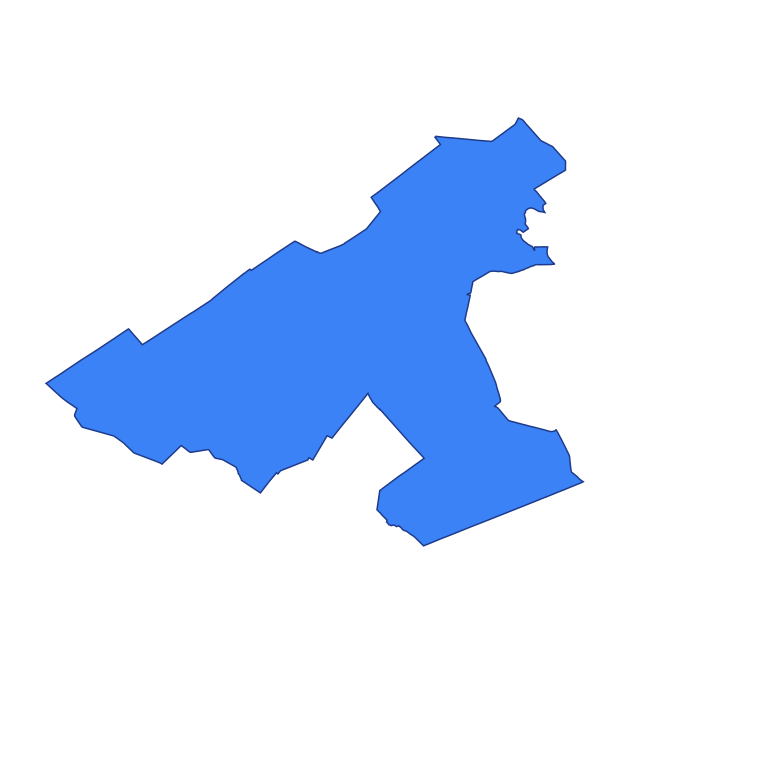 outline of Albesti, Constanta, Romania, rotated 325°
{"feature_id": "2599482B76974698099004", "entity_name": "Albesti", "entity_type": "district", "adm_level": 2, "iso_a3": "ROU", "parent_name": "Romania", "parent_adm1": "Constanta", "projection": "robinson", "projection_center": [28.424, 43.8], "detail": "fine", "context": "isolated", "style": "filled", "palette": "blue", "viewbox_px": 768, "rotation_deg": 325, "n_neighbors": 0, "source": "geoboundaries", "source_scale": "gbopen_adm2", "svg_char_len": 6063}
<svg xmlns="http://www.w3.org/2000/svg" viewBox="0 0 768 768"><g transform="rotate(325 384 384)"><path d="M107.5,189.7L107.8,190.6L111.3,206.6L112.2,210.4L114.4,217.4L116.6,223.0L118.0,226.9L118.5,227.9L113.0,231.7L112.7,232.0L112.2,233.1L112.1,233.9L112.0,237.6L111.9,245.1L112.2,246.5L132.9,271.6L136.8,282.6L139.6,297.0L152.6,316.1L155.6,320.7L156.2,322.3L182.5,318.1L182.8,318.8L184.0,322.3L185.2,326.5L185.8,328.1L186.3,328.8L186.8,329.3L202.3,336.8L202.7,337.2L202.8,337.6L202.8,338.0L202.8,339.4L202.8,344.0L203.0,347.2L203.2,347.7L203.7,348.4L207.0,351.9L208.4,353.4L215.0,367.1L215.0,367.6L214.4,370.7L213.9,372.6L213.2,373.8L213.4,375.3L213.2,376.4L212.3,380.8L212.0,381.2L212.3,381.9L220.3,402.3L233.8,398.1L245.0,395.1L245.5,396.8L249.5,395.7L277.9,402.5L280.2,401.4L282.1,405.4L307.6,393.8L307.8,393.9L310.4,398.5L320.6,395.4L328.9,393.0L337.9,390.5L365.5,382.5L365.3,383.2L365.2,384.1L364.8,386.4L364.5,390.1L364.3,391.5L364.3,392.3L364.4,393.5L364.6,394.5L364.7,395.8L365.0,397.3L365.2,399.3L365.6,400.8L365.9,403.0L366.0,403.2L366.1,403.3L366.3,403.0L371.6,448.4L371.8,449.7L373.4,461.0L374.3,467.9L372.1,467.9L368.4,468.0L363.3,468.0L360.5,468.1L349.6,468.2L344.0,468.1L324.5,468.7L319.4,468.9L306.1,483.0L306.4,484.4L307.0,488.0L307.2,490.5L308.4,497.2L307.0,498.5L307.4,502.3L307.7,502.4L308.4,503.9L308.6,504.1L309.1,504.3L310.7,504.9L311.4,505.5L311.7,505.9L312.0,506.7L312.1,507.3L312.7,508.1L312.9,508.2L314.7,508.6L314.8,508.7L314.9,508.9L315.0,509.6L315.6,511.6L315.6,513.3L315.8,513.8L316.1,515.1L317.6,516.9L318.0,517.6L319.9,523.2L321.2,526.3L323.6,539.3L334.6,541.8L342.7,543.6L349.1,545.2L374.4,551.1L382.6,553.1L391.3,555.2L399.9,557.2L403.1,558.0L424.8,563.1L441.3,567.0L446.6,568.2L456.1,570.5L464.1,572.3L466.3,572.8L470.3,573.8L490.4,578.3L491.2,578.3L490.5,576.8L489.2,572.5L489.3,571.6L489.3,571.3L487.1,563.8L487.1,563.4L487.2,563.0L488.4,560.6L491.8,554.4L494.4,549.8L494.9,548.3L496.3,539.3L497.3,532.5L498.3,524.7L498.7,520.7L498.7,520.3L498.5,520.2L497.5,520.3L496.9,520.3L496.1,520.1L495.3,519.8L493.5,518.8L492.8,518.1L488.4,512.8L482.4,505.8L482.1,505.3L481.2,504.5L479.3,502.3L466.0,486.6L465.3,485.5L465.2,485.3L464.9,484.4L464.8,483.5L463.8,471.5L463.5,468.9L463.2,468.0L463.0,467.4L462.5,466.6L461.7,465.8L461.8,465.6L468.7,465.3L469.3,465.0L469.7,464.7L470.7,462.9L472.9,456.6L473.3,455.1L473.3,454.6L473.6,454.2L474.2,452.3L474.3,452.0L475.1,450.1L476.0,447.5L476.5,446.1L476.5,445.2L476.7,444.9L480.1,429.3L481.2,422.8L481.3,422.7L481.5,422.6L481.7,422.3L481.8,421.5L484.7,391.9L485.9,385.2L486.7,378.3L492.6,372.7L497.0,368.8L505.0,361.3L505.6,360.7L503.5,358.5L503.9,358.2L504.7,358.4L506.4,358.9L506.9,359.2L507.6,358.6L507.9,358.6L510.8,355.7L514.1,352.6L515.2,351.3L515.5,351.2L517.4,351.2L533.1,352.5L534.2,352.5L535.0,352.5L535.4,352.6L536.1,353.1L537.1,353.5L537.9,353.9L538.5,354.4L540.5,356.0L542.0,357.4L544.1,358.6L544.6,359.0L545.7,360.0L547.5,362.1L548.6,363.2L549.8,364.6L551.5,366.2L552.0,366.6L552.6,366.9L557.0,368.4L557.9,368.7L558.8,369.1L559.9,369.4L560.8,369.5L561.8,369.7L563.3,370.3L563.8,370.5L564.6,370.6L566.7,370.8L569.3,371.6L570.9,371.7L571.1,371.7L572.1,372.2L573.5,372.5L574.8,373.0L576.0,373.1L576.9,373.3L580.1,375.7L589.5,382.0L592.3,383.5L592.5,383.1L591.8,380.2L591.5,374.1L591.9,371.9L593.1,369.6L594.4,367.9L596.7,365.6L593.9,363.6L592.9,362.8L589.3,360.5L587.4,359.1L586.3,358.3L586.1,358.2L585.9,358.2L585.5,358.5L585.0,359.4L584.6,359.9L584.4,360.2L584.3,360.8L584.2,360.8L583.9,360.6L583.8,360.0L583.8,359.5L584.0,359.2L584.1,358.6L584.1,358.3L584.0,358.0L584.2,357.6L584.2,357.3L584.3,356.8L584.2,356.4L584.1,356.2L583.6,355.2L583.4,354.8L583.0,354.0L582.8,353.8L581.9,351.7L581.4,349.6L581.1,348.9L580.4,346.4L580.3,345.6L580.3,345.4L580.3,343.5L580.5,342.6L580.9,341.5L581.4,340.9L581.6,340.4L581.2,339.4L579.9,337.9L579.9,337.5L579.8,337.1L579.2,336.8L579.4,336.3L580.0,335.6L580.7,334.9L580.8,334.6L582.4,334.2L582.7,335.0L583.2,335.2L583.7,335.6L584.0,336.2L584.3,336.9L584.4,337.4L584.6,338.1L584.9,339.1L585.0,339.1L585.1,339.5L585.4,339.5L590.2,339.6L591.1,339.6L591.4,339.5L591.6,338.0L591.3,334.0L591.5,333.6L592.2,333.2L592.8,332.5L594.0,331.0L594.6,330.0L595.2,328.5L595.3,327.5L596.3,325.6L596.7,325.1L597.2,324.8L598.0,324.8L598.2,324.7L598.5,324.4L599.0,323.5L599.7,323.2L601.3,323.1L602.5,323.1L603.8,323.3L604.9,323.8L605.7,324.4L607.2,326.1L608.2,328.0L609.1,330.0L609.4,330.7L609.8,331.4L610.5,332.1L612.4,333.8L614.1,335.7L614.4,332.4L616.6,328.9L620.1,328.9L620.2,326.3L620.1,325.2L619.8,322.6L619.7,321.7L619.7,321.2L619.8,320.6L619.5,319.6L619.5,318.2L619.4,316.8L619.3,314.1L619.3,313.8L618.9,312.7L618.8,311.3L618.8,310.4L641.7,311.9L655.4,312.9L655.7,312.4L656.3,311.5L659.1,307.6L660.0,306.4L660.4,305.7L660.5,304.9L660.0,300.9L658.3,286.4L658.1,286.0L652.3,275.0L652.1,274.5L651.8,272.2L650.5,260.6L650.4,259.4L650.1,257.1L649.6,253.0L649.2,248.2L648.9,246.8L648.7,246.4L646.8,243.5L646.6,243.2L644.4,244.4L642.3,245.5L640.5,246.4L640.0,246.5L613.9,247.1L612.4,247.2L611.8,247.1L611.3,246.9L610.8,246.6L601.8,239.2L593.4,232.0L582.0,222.3L575.3,216.8L568.7,211.0L568.2,211.6L567.7,211.2L567.3,211.1L567.6,220.2L552.5,220.8L529.1,221.8L517.7,222.4L507.5,222.8L488.2,223.6L485.4,223.6L480.6,223.7L480.4,231.3L480.4,235.7L479.9,240.8L458.5,246.9L442.9,246.5L441.0,246.4L437.3,246.3L435.4,246.2L434.1,246.2L433.0,246.1L432.2,246.1L432.0,246.4L431.0,246.3L429.8,246.0L428.5,245.8L426.0,245.3L417.3,243.1L411.3,241.7L408.2,241.0L407.6,240.8L407.0,240.4L406.3,239.8L404.9,237.0L404.5,237.2L402.1,232.8L398.7,227.0L397.4,224.4L396.6,222.9L395.7,221.0L394.3,218.2L393.7,217.1L393.3,216.6L392.9,215.9L389.4,215.7L381.4,215.5L371.6,215.2L359.0,215.1L347.9,214.9L340.3,214.8L340.2,213.4L340.0,213.1L339.4,213.0L338.0,213.0L333.0,213.3L332.8,213.1L329.6,213.3L311.0,214.4L291.6,215.9L290.3,216.2L268.0,215.5L267.9,215.4L258.9,215.0L258.6,215.0L228.9,214.0L227.5,214.0L208.6,213.2L206.4,192.4L206.2,192.3L173.1,191.6L163.3,191.3L150.4,190.7L129.9,190.3L120.5,190.1L119.5,190.0L107.5,189.7Z" fill="#3b82f6" stroke="#1e3a8a" stroke-width="1.5"/></g></svg>